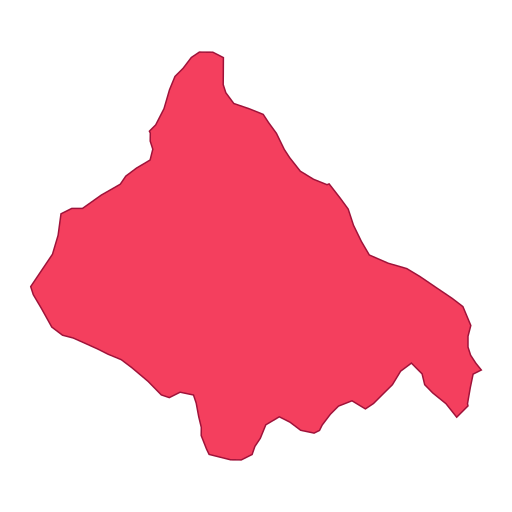 Sepho, Kangwŏn-do, North Korea
{"feature_id": "82179303B30150640587931", "entity_name": "Sepho", "entity_type": "district", "adm_level": 2, "iso_a3": "PRK", "parent_name": "North Korea", "parent_adm1": "Kangwŏn-do", "projection": "robinson", "projection_center": [127.346, 38.698], "detail": "fine", "context": "isolated", "style": "filled", "palette": "rose", "viewbox_px": 512, "rotation_deg": 0, "n_neighbors": 0, "source": "geoboundaries", "source_scale": "gbopen_adm2", "svg_char_len": 1405}
<svg xmlns="http://www.w3.org/2000/svg" viewBox="0 0 512 512"><path d="M481.3,370.0L475.9,363.3L470.6,355.2L468.0,347.1L468.0,336.3L470.8,325.5L462.9,306.6L452.2,298.4L436.2,287.6L420.2,276.7L406.8,268.6L388.1,263.2L369.3,255.0L361.4,241.5L353.5,225.3L348.2,209.1L340.3,198.3L329.1,183.9L327.0,184.7L313.6,179.3L300.3,171.2L289.6,157.6L284.3,149.5L276.4,133.3L268.5,122.5L263.2,114.4L249.8,109.0L233.8,103.5L225.8,92.7L223.2,84.6L223.3,73.8L223.4,57.6L212.8,52.2L199.3,52.1L191.3,57.5L183.1,68.3L175.0,76.4L169.5,89.8L164.0,108.7L155.7,124.9L149.4,131.2L150.3,133.0L150.2,141.1L152.8,149.2L150.1,160.0L136.6,168.0L125.8,176.1L120.3,184.2L101.4,195.0L82.5,208.4L71.8,208.4L61.0,213.8L58.1,235.3L52.5,254.2L41.6,270.4L30.7,286.6L33.3,294.7L41.3,308.2L51.8,327.1L62.5,335.2L73.2,338.0L97.3,348.8L108.0,354.2L121.3,359.7L132.0,367.8L148.0,381.3L161.3,394.9L169.3,397.6L180.1,392.2L193.5,395.0L196.2,403.1L198.7,416.6L201.3,427.4L201.2,435.5L206.5,449.0L209.1,454.4L219.8,457.1L230.6,459.8L241.3,459.9L252.1,454.5L254.9,446.4L260.3,438.3L265.8,424.8L279.3,416.8L290.0,422.2L300.7,430.3L314.1,433.1L319.5,430.4L322.2,425.0L330.4,414.2L338.5,406.1L352.0,400.8L365.4,408.9L373.5,403.5L381.6,395.4L392.4,384.7L400.6,371.2L411.4,363.1L422.1,373.9L424.7,384.7L432.7,392.9L446.0,403.7L456.7,417.2L468.0,405.9L467.5,403.7L470.3,387.6L473.1,374.1L481.3,370.0Z" fill="#f43f5e" stroke="#9f1239" stroke-width="1.5"/></svg>